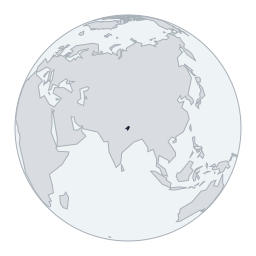 globe centered on Dhawalagiri
{"feature_id": "NPL-1125", "entity_name": "Dhawalagiri", "entity_type": "Administrative Zone", "adm_level": 1, "iso_a3": "NPL", "parent_name": "Nepal", "parent_adm1": "", "projection": "orthographic", "projection_center": [83.63, 28.648], "detail": "fine", "context": "on_globe", "style": "filled", "palette": "slate", "viewbox_px": 256, "rotation_deg": 0, "n_neighbors": 0, "source": "natural_earth", "source_scale": "10m", "svg_char_len": 10806}
<svg xmlns="http://www.w3.org/2000/svg" viewBox="0 0 256 256"><circle cx="128" cy="128" r="113" fill="#eef3f6" stroke="#a8b0b8"/><path d="M164.6,21.5L164.4,21.5L170.4,25.0L175.5,27.4L171.9,26.1L183.7,31.9L189.0,36.1L181.0,30.7L178.7,29.7L181.3,32.0L179.5,31.5L179.8,32.4L177.4,31.7L172.9,29.0L171.3,28.6L173.2,30.3L172.1,31.0L169.4,28.5L167.1,29.4L159.2,25.8L154.1,20.9L147.8,19.5L137.4,16.5L136.4,16.7L131.8,16.1L128.9,16.3L127.8,16.0L126.5,16.4L128.1,16.7L128.0,17.0L126.5,17.2L124.8,16.8L125.3,16.6L124.0,16.6L123.8,16.3L123.0,16.6L121.2,16.2L120.7,16.9L117.3,17.0L116.7,16.6L119.8,16.2L125.5,15.4L133.5,15.5L141.4,16.2L149.2,17.4L157.0,19.1L164.6,21.5ZM109.7,16.9L111.6,16.6L108.0,17.3L103.4,18.2L101.6,18.5L99.5,19.0L98.6,19.4L92.8,21.0L101.1,18.6L109.7,16.9ZM179.5,29.4L177.9,28.3L180.1,29.6L179.5,29.4ZM180.2,32.7L181.3,33.2L180.9,33.5L180.2,32.7ZM113.4,16.4L112.5,16.5L112.6,16.4L113.4,16.4ZM115.2,16.2L115.9,16.0L116.8,16.0L116.4,16.0L115.2,16.2ZM177.0,32.8L176.1,33.3L176.2,32.3L177.0,32.8ZM114.0,16.4L118.4,15.8L120.0,15.7L119.6,16.1L114.0,16.4ZM175.2,33.2L173.2,34.7L175.3,35.9L168.2,33.6L172.2,32.9L172.0,31.5L173.5,32.7L175.2,33.2ZM129.2,16.7L127.5,16.4L130.4,16.5L129.2,16.7ZM131.1,16.7L140.0,17.1L141.8,17.9L138.5,17.5L141.9,18.5L138.4,18.6L135.7,18.1L135.3,17.5L134.3,18.1L131.1,16.7ZM164.5,32.2L163.4,32.3L163.7,31.7L164.5,32.2ZM128.2,17.2L129.9,17.1L131.5,17.7L128.6,18.0L129.0,17.7L128.2,17.2ZM144.6,18.8L145.3,19.4L142.6,19.7L142.6,20.0L138.5,18.7L144.6,18.8ZM127.8,17.7L127.0,18.2L124.8,18.1L126.7,17.3L127.8,17.7ZM133.2,17.8L133.9,18.1L132.5,18.0L133.2,17.8ZM116.6,18.6L118.5,18.3L119.5,18.5L116.6,18.6ZM126.8,18.4L127.6,18.4L128.2,18.5L127.3,18.9L126.8,18.4ZM136.9,19.1L135.7,19.1L138.5,19.6L136.6,20.0L134.2,19.1L134.5,19.6L133.9,19.8L132.6,18.9L136.9,19.1ZM128.2,19.6L124.5,18.9L120.7,19.3L119.7,19.1L126.0,18.5L128.2,19.6ZM130.9,19.3L129.0,19.4L128.6,18.9L129.8,18.5L130.9,19.3ZM136.2,20.6L139.7,20.2L140.1,20.4L136.2,20.6ZM127.1,19.8L128.0,20.0L126.9,19.9L127.1,19.8ZM133.5,20.4L134.6,20.2L135.1,20.4L133.5,20.4ZM128.9,20.6L127.7,20.3L128.4,20.0L128.9,20.6ZM131.0,20.6L131.3,21.0L129.4,20.0L131.5,20.4L131.0,20.6ZM133.7,20.7L134.3,20.7L133.1,20.7L133.7,20.7ZM126.8,22.1L124.2,21.0L125.8,20.3L128.1,21.4L126.8,22.1ZM22.3,89.1L22.5,88.6L25.3,81.9L36.6,70.6L36.2,74.3L41.9,79.8L42.1,81.6L38.3,85.9L40.2,98.2L44.4,95.6L49.1,104.1L54.2,107.0L61.4,98.3L53.1,93.2L54.7,87.6L63.8,87.6L71.5,92.5L72.4,90.5L70.0,83.8L74.4,81.5L69.5,81.2L69.6,83.8L66.5,83.8L66.3,81.5L67.9,80.7L66.3,78.6L59.3,83.4L58.6,86.5L52.8,84.1L51.1,89.3L48.6,90.3L50.6,82.1L52.4,79.8L53.9,69.8L51.5,71.8L49.9,81.6L49.2,80.1L46.0,83.4L47.9,79.7L50.3,69.0L46.8,67.0L37.9,72.1L36.8,70.7L38.0,66.8L45.8,58.5L47.3,62.7L50.1,60.3L53.7,54.9L53.8,56.8L55.5,55.2L56.4,56.8L61.6,55.2L63.2,56.5L68.9,52.5L70.5,52.8L66.6,55.0L64.8,57.5L69.1,61.4L71.0,61.1L74.4,58.3L75.2,60.0L77.9,56.8L82.2,58.0L79.2,54.1L83.1,51.2L87.7,50.3L88.4,48.8L81.0,50.3L78.5,51.6L77.1,53.8L69.9,57.4L67.6,56.8L73.2,50.7L70.6,49.5L76.1,45.7L92.9,43.3L98.1,44.3L98.8,51.9L95.5,53.2L93.6,50.9L91.9,55.6L93.7,53.9L94.3,55.5L98.2,53.5L98.8,54.5L101.4,51.1L102.7,52.1L101.0,54.3L107.7,52.7L111.3,54.5L112.5,53.7L112.8,52.3L117.0,55.7L117.8,55.0L116.6,53.6L117.3,51.3L120.2,48.8L121.5,50.1L120.7,51.2L120.8,55.7L118.3,58.7L119.2,59.0L121.6,56.7L121.5,51.2L122.8,49.3L123.4,51.8L123.3,50.7L124.4,50.2L126.7,51.0L126.3,48.3L136.5,42.2L142.0,43.5L141.4,46.2L149.9,44.3L155.4,46.6L154.3,45.2L157.7,43.8L156.0,43.0L155.8,42.3L163.7,39.1L166.6,39.6L168.8,37.3L168.3,36.7L166.3,36.1L168.2,33.6L175.3,35.9L176.2,37.2L180.1,38.0L181.5,41.0L184.4,44.1L183.7,47.3L186.1,49.7L187.3,49.8L191.5,53.4L195.8,61.0L186.8,54.3L179.3,44.2L181.9,48.1L179.6,47.2L179.5,48.7L181.5,51.6L182.8,52.0L177.4,57.7L178.9,66.7L182.8,65.4L186.3,67.5L191.4,78.1L188.0,94.7L192.7,98.9L193.7,102.2L191.2,104.8L189.7,100.1L186.2,99.0L185.8,96.1L181.3,99.3L180.4,95.4L177.3,100.0L179.7,102.9L183.9,101.3L181.7,107.5L187.4,112.1L189.2,118.7L183.4,131.8L175.9,136.7L175.6,138.8L172.0,136.9L168.1,141.6L175.5,152.4L175.6,155.7L168.9,162.9L168.6,160.5L159.1,155.5L157.9,163.5L165.1,169.2L167.6,176.3L162.3,174.6L159.7,168.3L156.3,166.3L156.8,159.5L153.2,149.4L147.8,151.7L147.9,147.5L142.1,139.1L134.1,141.9L121.8,152.8L120.7,163.2L116.2,167.5L109.0,151.9L108.0,141.4L104.0,141.9L97.8,132.1L83.2,128.7L82.3,125.7L79.3,126.2L75.1,122.2L74.2,117.3L71.1,116.6L73.7,129.7L77.2,130.4L81.8,127.1L81.7,131.4L85.9,136.2L76.9,144.1L57.1,146.7L57.3,138.5L53.0,112.8L54.3,110.6L54.3,110.3L54.4,109.8L51.9,113.1L51.9,108.1L51.9,125.3L51.0,131.9L56.8,147.0L55.8,147.9L58.3,151.3L68.8,151.9L68.4,154.5L62.1,164.4L49.4,174.5L52.3,185.2L53.4,193.0L48.2,194.9L51.4,201.3L49.1,201.5L50.7,204.7L50.4,206.6L48.9,207.0L43.3,202.2L40.8,199.0L34.7,190.7L25.4,172.4L24.5,166.7L23.1,160.6L19.3,144.0L20.0,137.7L19.5,133.6L18.2,132.1L18.0,127.2L17.4,125.7L15.7,119.0L16.0,116.4L17.3,107.1L19.4,98.0L22.3,89.1ZM29.4,78.4L28.3,80.2L29.4,78.4ZM77.5,103.0L83.5,105.6L84.5,98.4L86.9,98.9L86.3,96.4L84.5,97.9L83.7,91.3L87.7,90.5L88.8,87.7L86.8,86.7L79.8,89.3L80.9,98.6L77.9,100.6L77.5,103.0ZM63.6,46.2L62.7,47.9L60.5,49.1L58.5,48.2L61.7,46.3L63.6,46.2ZM61.9,49.9L68.0,44.6L69.5,45.2L67.6,45.7L68.0,46.7L65.1,47.8L60.5,53.9L58.2,55.5L55.8,52.5L57.9,52.5L58.7,50.8L61.9,49.9ZM81.1,32.7L83.8,31.1L83.5,34.3L81.0,35.5L78.9,34.4L80.6,32.5L81.1,32.7ZM112.4,17.4L113.5,17.1L113.9,17.2L113.4,17.4L112.4,17.4ZM117.4,18.4L108.4,18.9L109.1,18.5L102.9,19.6L102.5,19.2L106.5,18.4L101.5,19.0L104.9,18.2L101.3,18.8L110.3,17.2L113.2,16.6L110.2,17.3L110.5,17.7L111.5,17.7L116.6,17.5L122.9,16.9L124.3,17.5L123.6,18.0L122.3,18.3L121.8,17.8L120.3,18.4L118.7,17.9L117.4,18.4ZM114.2,28.2L114.2,26.9L111.0,29.5L109.3,28.4L109.1,28.8L106.6,28.6L103.2,29.1L102.9,28.5L101.7,29.0L100.0,29.0L98.3,29.6L97.1,28.7L94.9,29.4L95.6,28.6L92.0,30.0L94.1,28.6L92.2,28.7L91.2,30.0L89.0,25.7L86.4,25.4L83.2,26.1L87.2,24.1L92.8,22.4L98.6,21.4L100.4,22.2L101.9,21.3L103.2,21.5L101.5,22.1L105.0,21.3L105.6,21.6L110.7,21.6L115.3,20.6L117.3,20.7L115.8,21.3L118.9,21.0L117.4,22.3L118.8,22.5L118.8,24.1L115.2,25.4L117.0,25.5L117.1,26.9L114.2,28.2ZM126.7,22.5L122.7,24.0L119.8,24.3L121.0,21.4L120.0,21.1L120.7,19.6L124.8,19.4L124.3,19.8L124.7,20.1L123.2,20.1L124.7,20.4L123.9,21.1L124.9,21.6L123.3,21.9L126.7,22.5ZM44.2,80.8L44.7,81.7L45.9,82.6L43.9,84.9L44.2,80.8ZM45.6,73.4L46.4,73.8L44.1,77.1L43.6,76.3L45.6,73.4ZM48.7,71.3L46.6,73.6L47.4,71.8L48.7,71.3ZM67.5,55.3L68.5,55.6L67.9,56.4L66.4,57.1L67.5,55.3ZM104.4,36.7L104.9,35.6L105.7,35.5L108.6,33.6L110.1,34.3L108.9,35.8L104.4,36.7ZM58.9,99.1L56.3,100.1L56.0,98.7L57.0,98.7L58.9,99.1ZM48.8,92.3L50.2,95.1L48.3,92.9L48.8,92.3ZM106.6,37.2L107.6,36.2L107.7,37.2L106.6,37.2ZM111.4,34.8L111.8,35.8L110.7,34.2L111.4,34.8ZM109.1,236.7L111.2,237.4L109.3,237.2L109.1,236.7ZM68.6,197.6L67.2,209.0L62.9,207.5L60.4,203.3L59.7,195.8L64.0,195.2L65.7,192.2L68.6,197.6ZM192.2,187.9L195.0,187.5L194.8,188.0L192.2,187.9ZM189.4,187.1L192.7,186.4L188.8,188.2L189.4,187.1ZM193.9,186.2L197.2,184.4L198.6,183.3L198.3,184.3L193.9,186.2ZM187.2,187.7L174.5,190.0L169.4,189.6L170.7,187.8L179.0,186.9L187.2,187.7ZM170.3,187.8L162.3,184.2L150.7,171.2L154.9,171.2L166.9,178.5L166.2,180.0L171.0,183.1L170.3,187.8ZM189.2,175.9L188.4,180.3L181.5,181.4L178.4,181.3L176.2,176.1L177.4,173.0L180.1,172.7L189.7,160.8L193.2,162.4L190.4,167.3L193.2,170.5L189.2,175.9ZM121.3,164.2L124.1,170.5L121.6,171.3L121.3,164.2ZM193.2,152.8L189.6,158.1L192.7,151.4L193.2,152.8ZM194.8,146.7L195.2,148.9L193.5,147.1L194.8,146.7ZM176.0,142.0L173.2,143.0L172.9,141.4L176.3,139.2L176.0,142.0ZM190.5,124.3L191.3,129.2L191.0,131.0L189.4,128.3L190.5,124.3ZM120.9,44.4L115.1,46.1L111.9,48.2L111.6,50.7L109.5,48.1L114.4,44.8L120.9,44.4ZM134.4,42.2L134.6,40.3L136.2,40.9L136.3,41.4L134.4,42.2ZM133.4,41.3L130.5,39.5L131.7,38.3L133.7,39.9L133.4,41.3ZM118.3,37.8L116.5,38.2L116.5,37.4L118.3,37.8ZM202.3,212.6L202.8,212.2L203.3,211.8L202.3,212.6ZM207.8,207.5L205.7,209.5L206.0,209.1L204.0,211.0L202.4,212.1L203.8,209.7L201.6,211.5L204.7,208.2L201.2,211.6L201.4,210.1L199.0,210.6L180.1,221.3L176.5,221.7L178.7,219.4L178.1,213.6L179.4,213.5L180.2,209.0L192.2,201.8L201.1,191.2L206.3,189.8L211.1,182.0L215.9,180.2L213.6,185.8L217.6,186.4L222.8,173.7L222.7,183.5L223.9,185.1L221.3,190.9L212.8,202.1L207.8,207.5ZM236.2,157.5L236.5,156.6L236.5,156.9L236.2,157.5ZM199.0,186.4L203.0,182.0L205.0,181.1L199.0,186.4ZM236.2,156.7L235.8,157.4L235.9,156.7L236.2,156.7ZM236.5,155.2L236.6,154.4L236.5,156.0L236.5,155.2ZM235.8,154.7L236.2,155.3L235.7,155.0L235.8,154.7ZM235.3,155.5L234.9,155.4L235.0,155.1L235.3,155.5ZM228.0,163.6L230.0,166.8L227.9,168.5L225.8,167.0L223.3,171.5L218.1,173.9L219.6,171.3L219.1,168.7L213.2,170.2L212.1,168.7L214.3,166.5L210.2,166.5L214.7,163.8L216.4,167.1L218.9,162.8L222.8,161.6L226.2,160.8L228.7,162.0L228.0,163.6ZM214.4,172.7L215.1,172.4L214.4,173.9L214.4,172.7ZM234.0,154.5L234.7,155.5L234.5,156.1L234.1,156.2L234.0,154.5ZM229.3,160.9L232.1,155.4L232.7,155.0L230.8,160.2L229.3,160.9ZM231.6,153.8L232.7,153.3L233.2,154.6L232.9,155.3L231.6,153.8ZM205.2,172.6L205.0,173.8L203.8,173.3L205.2,172.6ZM206.9,171.4L210.5,171.3L206.5,172.5L206.9,171.4ZM195.1,171.0L196.2,173.4L200.0,170.6L197.1,173.9L199.5,177.6L198.5,179.5L196.3,175.4L195.2,180.6L193.5,180.9L192.8,176.9L194.5,171.3L196.2,168.7L202.8,165.9L195.1,171.0ZM206.9,168.1L205.9,165.2L206.6,162.9L207.7,164.2L206.9,168.1ZM202.7,158.5L199.7,155.5L197.2,157.7L202.0,150.9L204.1,154.9L202.7,158.5ZM199.8,150.9L197.5,152.8L199.7,149.1L199.8,150.9ZM196.8,151.7L196.2,149.1L198.2,149.0L196.8,151.7ZM201.0,150.6L201.0,146.0L202.2,148.4L201.0,150.6ZM194.8,143.4L199.3,146.7L193.8,146.2L192.4,137.5L194.7,136.7L194.8,143.4ZM199.9,104.2L198.7,101.8L200.5,100.6L200.8,102.6L199.9,104.2ZM204.9,95.4L200.5,99.6L196.8,103.3L198.5,104.0L198.7,108.6L195.5,105.2L197.3,99.6L200.3,97.6L199.6,93.9L201.2,90.7L199.2,86.5L199.5,84.3L202.3,87.6L204.9,95.4ZM198.1,84.8L195.1,77.3L198.9,77.2L200.4,78.8L200.2,82.2L198.2,82.0L198.1,84.8ZM195.5,75.5L193.6,75.4L185.1,65.8L184.3,63.9L192.7,70.6L191.3,70.9L192.7,73.4L195.5,75.5ZM164.3,32.9L163.5,32.3L164.8,32.7L164.3,32.9ZM154.8,41.9L154.7,40.9L156.2,41.2L154.8,41.9ZM155.2,38.5L153.6,38.8L154.7,37.9L155.2,38.5ZM150.1,39.8L152.7,38.7L151.0,40.6L150.1,39.8Z" fill="#d9dde1" stroke="#a8b0b8" stroke-width="1"/><path d="M128.5,126.7L128.6,126.8L128.8,126.8L128.9,127.0L129.0,127.2L129.0,127.3L129.0,127.5L128.9,127.5L128.7,127.6L128.4,127.8L128.4,128.0L128.3,128.3L128.2,128.3L128.2,128.5L128.3,128.8L128.2,128.9L128.2,129.0L127.9,129.3L127.9,129.2L127.7,129.0L127.5,128.9L127.4,128.9L127.2,128.8L127.1,128.7L126.8,128.5L126.8,128.4L126.7,128.4L126.8,128.3L126.7,128.3L126.8,128.2L127.0,128.0L127.1,127.9L127.3,127.8L127.5,127.8L127.7,127.7L127.8,127.7L127.9,127.4L128.0,127.4L128.0,127.2L128.1,126.9L128.3,126.8L128.5,126.7L128.5,126.7Z" fill="#64748b" stroke="#1e293b" stroke-width="1.5"/></svg>